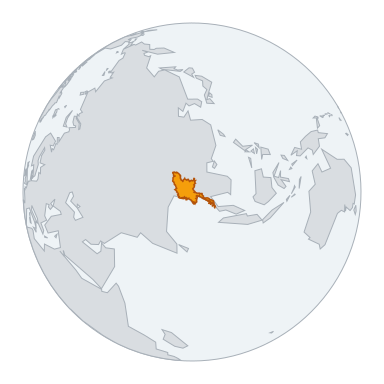 globe centered on Myanmar, rotated 312°
{"feature_id": "MMR", "entity_name": "Myanmar", "entity_type": "country or territory", "adm_level": 0, "iso_a3": "MMR", "parent_name": "Asia", "parent_adm1": "", "projection": "orthographic", "projection_center": [96.922, 19.196], "detail": "fine", "context": "on_globe", "style": "filled", "palette": "amber", "viewbox_px": 384, "rotation_deg": 312, "n_neighbors": 0, "source": "natural_earth", "source_scale": "50m", "svg_char_len": 15751}
<svg xmlns="http://www.w3.org/2000/svg" viewBox="0 0 384 384"><g transform="rotate(312 192 192)"><circle cx="192" cy="192" r="169" fill="#eef3f6" stroke="#a8b0b8"/><path d="M353.2,242.6L352.8,243.7L352.8,243.9L353.2,242.6ZM262.8,38.6L265.9,40.8L272.7,44.6L267.0,41.9L283.4,51.9L289.3,57.6L279.4,49.4L275.8,47.4L278.2,50.1L275.1,48.7L274.4,49.4L270.5,47.7L265.0,43.6L262.3,42.6L264.2,44.7L261.3,44.6L259.1,41.7L253.9,41.4L243.8,35.8L240.9,31.2L232.0,28.5L222.8,25.9L236.5,29.0L249.8,33.2L262.8,38.6ZM205.2,23.6L204.5,23.5L201.9,23.4L200.8,23.3L205.2,23.6ZM278.2,48.0L276.6,46.6L279.3,48.6L278.2,48.0ZM275.0,49.9L276.5,50.8L275.5,50.8L275.0,49.9ZM268.6,48.3L266.6,48.3L267.7,47.5L268.6,48.3ZM264.8,47.8L260.1,48.3L262.9,50.2L252.2,45.5L259.8,46.3L260.7,45.0L262.2,46.7L264.8,47.8ZM209.7,24.0L223.1,25.9L224.6,26.4L219.8,25.4L223.7,26.5L217.8,25.6L214.4,24.9L214.6,24.7L212.2,24.6L209.7,24.0ZM247.0,43.0L245.1,42.7L246.1,42.3L247.0,43.0ZM204.5,23.6L207.1,23.8L208.6,24.1L203.7,23.7L204.8,23.7L204.5,23.6ZM227.5,27.3L227.8,27.7L223.1,27.1L222.5,27.2L217.8,25.7L227.5,27.3ZM203.1,23.6L201.1,23.6L198.1,23.4L202.1,23.4L203.1,23.6ZM211.0,24.4L211.5,24.6L209.6,24.3L211.0,24.4ZM186.1,23.3L189.1,23.2L190.1,23.3L186.1,23.3ZM200.6,23.7L201.7,23.8L202.4,23.9L200.5,23.9L200.6,23.7ZM214.8,25.5L212.8,25.3L216.5,26.1L213.1,25.9L210.6,25.0L210.3,25.3L209.2,25.3L208.3,24.7L214.8,25.5ZM200.9,24.4L196.5,23.7L190.6,23.7L189.5,23.5L199.2,23.7L200.9,24.4ZM205.3,24.6L202.3,24.4L202.5,24.1L204.7,24.1L205.3,24.6ZM211.8,26.2L217.6,26.6L217.9,26.9L211.8,26.2ZM199.1,24.4L200.2,24.6L198.7,24.4L199.1,24.4ZM207.8,25.6L209.8,25.7L210.2,25.9L207.8,25.6ZM200.7,25.1L199.3,24.8L200.7,24.7L200.7,25.1ZM204.0,25.4L204.0,25.7L202.1,24.8L204.8,25.3L204.0,25.4ZM207.8,25.8L208.7,26.0L206.9,25.8L207.8,25.8ZM196.2,26.0L193.5,24.9L196.6,24.6L198.8,25.6L196.2,26.0ZM57.0,90.3L58.3,88.7L55.6,92.9L57.8,97.2L57.2,99.4L51.8,106.0L49.3,121.7L54.6,117.2L57.5,128.0L62.7,131.4L73.7,118.5L65.2,112.5L68.9,104.7L79.8,103.7L87.9,109.8L89.6,107.1L88.7,98.1L95.0,94.9L88.9,94.7L88.1,98.2L84.3,98.4L84.8,95.4L87.0,94.2L85.8,91.5L75.7,98.5L73.8,102.8L67.9,100.4L64.2,107.5L61.0,109.3L66.1,98.1L68.9,94.9L74.8,81.9L71.2,84.9L65.5,97.6L65.3,95.8L60.5,100.8L64.1,95.6L71.3,81.8L68.9,80.3L58.2,89.7L58.4,88.7L61.1,85.2L64.4,81.3L73.5,71.7L71.8,75.3L75.8,71.7L82.7,64.8L81.6,66.8L84.2,64.6L84.2,66.1L90.6,63.1L91.6,64.4L100.3,58.9L102.0,59.0L96.3,62.0L93.0,65.2L96.1,69.3L98.6,68.8L104.0,65.1L104.2,67.1L109.0,63.0L113.8,64.3L112.0,59.6L118.3,55.9L124.6,54.7L126.3,52.8L116.0,55.0L112.2,56.7L109.5,59.4L98.9,64.4L96.5,64.0L106.3,56.2L104.0,55.2L112.6,50.3L135.0,46.3L141.2,47.5L138.4,56.6L133.4,58.0L131.9,55.3L127.6,61.0L130.7,59.0L130.8,60.9L136.9,58.5L137.3,59.7L142.4,55.5L143.6,56.8L140.3,59.5L150.3,57.8L154.4,60.2L156.4,59.3L157.5,57.6L162.0,62.2L163.3,61.3L162.4,59.5L164.3,56.7L169.6,53.8L170.9,55.5L169.2,56.8L167.5,62.4L162.6,66.0L163.7,66.5L168.2,63.8L170.3,56.9L173.1,54.7L172.8,57.8L173.1,56.5L175.0,56.0L177.9,57.2L178.6,53.9L196.7,47.8L204.2,50.3L202.0,53.3L215.9,52.6L223.4,56.4L222.5,54.5L228.6,53.6L226.3,52.3L226.3,51.4L240.9,49.8L245.3,51.1L250.6,49.4L250.1,48.5L247.2,47.3L252.2,45.5L262.9,50.2L263.5,51.8L269.8,54.2L270.1,57.6L273.3,61.9L269.8,65.1L272.7,68.6L274.8,69.2L280.3,74.9L283.9,85.5L271.4,74.2L264.0,60.2L266.2,65.4L262.8,63.6L261.8,65.2L263.6,69.3L265.6,70.1L253.8,75.3L252.3,86.9L259.4,86.4L264.5,90.1L269.0,105.5L258.1,126.7L264.8,134.0L265.6,138.8L260.8,141.7L259.4,134.7L254.0,132.2L254.0,128.1L245.8,131.3L245.4,125.5L239.2,131.3L242.2,135.9L249.6,134.8L244.4,142.9L252.7,151.0L254.4,161.0L242.6,178.6L229.7,184.0L229.0,187.2L223.6,183.5L216.8,189.7L227.3,207.7L227.2,212.9L215.9,222.5L215.6,218.7L201.1,209.0L198.7,221.2L209.7,231.6L213.5,243.5L205.1,239.6L201.3,229.2L196.1,225.4L197.3,214.8L192.7,198.7L184.3,201.2L184.7,194.8L177.1,181.2L164.8,184.4L145.6,199.5L143.2,215.6L136.5,221.8L127.5,197.1L127.3,181.1L121.7,181.6L114.4,166.7L95.1,161.3L94.5,156.8L90.4,157.7L85.6,151.9L85.5,144.7L81.6,143.9L82.6,162.8L87.0,163.9L93.6,158.9L92.8,165.2L97.7,172.4L84.8,184.4L59.6,189.4L60.7,177.0L60.0,139.7L62.0,136.5L62.2,136.1L62.4,135.4L58.6,140.3L59.7,133.3L56.3,157.9L54.1,167.8L59.2,190.0L57.8,191.4L60.5,196.5L73.5,196.6L72.8,200.5L64.5,216.5L49.6,234.6L53.7,252.0L56.1,265.5L51.4,270.4L56.5,281.4L54.8,282.9L57.8,288.7L59.0,293.2L59.4,296.0L56.1,292.4L49.3,282.4L43.2,272.0L37.9,261.3L33.3,250.1L29.6,238.7L27.9,231.6L25.9,221.8L23.2,196.9L23.5,186.2L23.7,180.3L23.5,179.2L23.9,175.4L25.7,162.3L28.5,149.4L32.3,136.8L37.1,124.5L42.9,112.6L49.5,101.2L57.0,90.3ZM92.9,124.3L100.2,127.9L103.2,117.8L106.3,118.5L106.2,115.0L103.4,117.1L104.1,107.9L109.6,106.8L111.9,103.0L109.6,101.6L99.5,105.2L98.4,118.1L94.1,120.9L92.9,124.3ZM98.5,53.1L96.4,55.0L93.3,56.8L92.1,56.6L96.6,53.7L98.5,53.1ZM94.1,57.3L104.2,50.4L105.4,50.8L103.0,51.7L102.8,52.6L98.9,54.3L90.1,61.9L86.8,64.2L86.4,61.7L88.4,61.0L90.3,59.1L94.1,57.3ZM128.0,36.6L132.4,34.8L129.2,37.6L125.4,39.0L124.0,38.5L127.6,36.6L128.0,36.6ZM197.7,23.1L198.4,23.2L196.4,23.3L194.3,23.3L194.4,23.1L191.4,23.3L189.9,23.1L187.4,23.2L179.0,23.5L197.7,23.1ZM160.4,26.0L161.1,26.0L164.0,25.4L165.3,25.3L162.5,25.8L167.7,25.0L168.0,25.1L174.5,24.9L181.8,24.2L184.3,24.3L181.6,24.6L186.1,24.6L182.7,25.4L184.5,25.6L182.9,26.9L176.7,27.8L179.2,28.0L178.1,29.3L173.1,30.4L174.1,29.2L167.8,31.5L166.3,30.5L165.7,30.8L162.5,30.6L157.6,31.2L157.7,30.6L155.8,31.1L153.6,31.2L151.0,31.7L150.2,31.1L146.9,31.8L148.4,31.1L142.9,32.6L146.6,31.2L144.2,31.5L141.9,32.7L143.9,30.0L143.4,30.2L160.4,26.0ZM195.5,26.3L188.5,27.1L184.2,27.1L188.6,25.0L187.5,24.7L190.2,23.8L196.4,23.9L195.1,24.1L195.2,24.4L193.2,24.2L194.9,24.6L193.1,24.9L193.9,25.4L191.4,25.4L195.5,26.3ZM59.7,97.8L59.9,98.9L60.8,99.8L57.8,103.2L59.7,97.8ZM64.4,88.3L65.0,88.5L61.2,93.3L61.1,92.3L64.4,88.3ZM68.6,84.9L65.3,88.2L67.0,85.9L68.6,84.9ZM97.2,62.2L98.2,62.5L97.1,63.5L95.0,64.5L97.2,62.2ZM154.1,38.9L155.3,37.7L156.4,37.7L161.7,35.6L163.3,36.5L160.7,38.1L154.1,38.9ZM70.4,119.9L67.0,121.6L67.1,119.7L68.2,119.5L70.4,119.9ZM60.6,111.9L61.3,115.5L59.8,112.8L60.6,111.9ZM156.6,39.5L158.6,38.5L158.2,39.6L156.6,39.5ZM164.7,37.1L164.7,38.2L164.1,36.4L164.7,37.1ZM139.6,344.2L143.0,345.8L140.5,345.5L139.6,344.2ZM73.8,270.8L74.9,291.8L69.9,289.8L65.8,282.4L63.3,269.1L68.2,267.3L69.7,261.8L73.8,270.8ZM254.5,269.3L259.3,269.7L259.1,270.4L254.5,269.3ZM249.6,267.1L255.1,267.0L248.6,268.7L249.6,267.1ZM257.2,267.0L262.9,265.2L265.3,263.9L264.8,265.4L257.2,267.0ZM245.8,267.3L225.0,267.5L216.6,265.6L218.7,263.0L232.2,263.6L245.8,267.3ZM218.0,262.9L205.2,255.1L187.2,232.0L193.7,232.7L212.3,246.9L211.2,249.2L218.9,255.3L218.0,262.9ZM248.8,248.4L247.5,255.5L236.1,255.2L230.8,254.2L227.2,245.2L229.2,240.6L233.6,240.7L249.9,224.5L255.7,228.1L250.8,235.0L255.5,241.0L248.8,248.4ZM144.0,217.2L147.7,227.2L144.1,228.4L144.0,217.2ZM256.3,213.1L249.9,220.3L255.6,210.8L256.3,213.1ZM259.5,204.2L260.1,207.7L257.3,204.4L259.5,204.2ZM229.1,192.1L224.6,192.9L224.3,190.4L230.0,187.9L229.1,192.1ZM255.5,169.5L256.0,176.9L255.3,179.4L253.0,175.0L255.5,169.5ZM172.7,48.6L163.6,50.1L158.1,52.5L156.6,55.6L154.8,52.3L163.3,48.6L172.7,48.6ZM193.6,47.6L194.8,45.4L196.9,46.3L196.9,46.9L193.6,47.6ZM192.5,46.3L189.2,44.0L191.6,42.7L193.7,44.8L192.5,46.3ZM172.6,40.8L169.8,41.1L170.2,40.2L172.6,40.8ZM284.6,328.3L286.9,324.3L291.8,322.6L287.7,326.7L284.6,328.3ZM273.4,314.4L241.8,326.1L235.4,325.4L238.3,321.5L234.9,310.1L237.1,310.2L237.2,302.1L256.5,293.6L270.8,278.4L280.2,278.4L288.1,267.2L297.3,266.7L293.8,275.2L302.4,279.1L310.6,259.7L313.4,278.0L318.1,283.1L316.5,294.1L299.3,315.5L291.6,320.6L291.3,319.3L287.8,321.7L284.0,321.9L284.0,316.6L280.5,318.9L284.9,313.9L279.3,318.7L278.3,315.2L273.4,314.4ZM338.2,267.1L338.9,267.2L339.2,269.6L338.1,269.8L338.2,267.1ZM351.1,248.2L350.8,249.4L350.3,250.5L351.1,248.2ZM352.8,243.9L352.2,245.4L353.2,242.6L352.8,243.9ZM345.0,253.7L345.1,254.6L344.7,255.3L345.0,253.7ZM344.7,253.5L345.6,251.3L345.2,253.3L344.7,253.5ZM342.1,245.2L342.8,243.9L343.0,244.6L342.1,245.2ZM266.3,269.3L273.1,263.5L276.6,262.7L266.3,269.3ZM341.5,243.4L340.0,243.8L340.3,242.7L341.5,243.4ZM341.9,240.9L341.8,239.5L342.4,242.6L341.9,240.9ZM339.2,238.7L340.9,240.6L338.9,239.1L339.2,238.7ZM338.0,239.4L336.7,238.7L336.8,238.2L338.0,239.4ZM320.6,246.1L326.0,253.6L321.2,254.5L316.1,250.2L311.3,256.1L301.0,257.0L303.6,253.4L302.4,248.7L291.2,248.2L289.0,245.3L293.1,242.6L285.5,240.9L293.8,238.5L297.1,244.8L301.7,239.0L309.4,239.1L316.6,240.1L322.1,243.9L320.6,246.1ZM293.5,253.1L295.0,252.9L293.6,255.0L293.5,253.1ZM334.1,235.9L336.0,238.5L335.7,239.4L334.7,239.2L334.1,235.9ZM323.4,242.5L329.4,235.7L330.7,235.4L326.7,242.5L323.4,242.5ZM328.1,232.5L330.7,232.6L332.0,235.3L331.4,236.3L328.1,232.5ZM276.6,248.7L276.2,250.6L274.0,249.3L276.6,248.7ZM279.5,247.4L286.1,248.7L278.8,249.0L279.5,247.4ZM258.7,242.4L260.7,246.7L267.2,243.5L262.3,247.8L266.5,254.7L264.9,257.5L260.8,250.0L259.1,258.1L256.2,258.1L254.8,251.3L257.8,242.7L260.6,239.1L272.1,236.9L258.7,242.4ZM279.5,242.0L277.7,237.1L279.0,233.5L280.9,236.1L279.5,242.0ZM272.2,225.1L267.2,219.4L262.8,222.0L271.4,213.1L274.8,219.9L272.2,225.1ZM267.6,212.2L263.6,214.5L267.6,209.4L267.6,212.2ZM262.4,212.6L261.8,208.4L265.1,208.8L262.4,212.6ZM269.8,212.3L270.2,205.1L272.0,209.2L269.8,212.3ZM259.9,199.1L267.3,205.6L258.0,203.2L256.6,189.6L260.5,189.1L259.9,199.1ZM275.8,143.6L274.3,139.9L277.5,138.8L277.6,141.6L275.8,143.6ZM286.8,133.2L277.9,137.4L270.6,141.2L273.3,142.8L272.5,149.3L267.9,143.6L272.3,136.3L278.1,134.5L278.0,129.2L281.7,125.5L279.5,119.1L280.8,116.3L284.5,121.7L286.8,133.2ZM278.3,116.5L275.7,105.6L282.3,106.7L284.3,109.4L282.7,113.8L279.4,112.9L278.3,116.5ZM277.0,103.4L273.8,102.6L263.1,87.6L262.5,84.9L274.1,96.1L271.6,96.1L273.0,99.7L277.0,103.4ZM246.2,43.6L245.2,42.8L247.1,43.5L246.2,43.6ZM224.9,50.7L225.3,49.6L227.5,50.2L224.9,50.7ZM227.5,47.0L224.7,47.0L227.1,46.3L227.5,47.0ZM218.7,47.5L223.4,46.7L219.7,48.5L218.7,47.5Z" fill="#d9dde1" stroke="#a8b0b8" stroke-width="1"/><path d="M200.8,188.6L200.4,188.3L200.2,188.3L199.7,188.6L199.0,188.5L199.1,189.0L198.7,189.4L198.3,189.2L198.0,189.3L197.8,189.5L197.7,190.0L197.5,190.3L197.1,190.3L196.0,190.5L195.7,190.5L195.3,190.3L195.0,190.4L195.0,190.6L194.5,191.2L194.5,192.2L194.2,192.6L194.2,192.8L194.3,193.8L193.7,194.1L193.3,194.0L193.5,194.5L194.0,194.7L194.0,194.8L194.3,195.7L194.2,196.1L195.8,198.0L196.3,198.5L196.4,198.8L196.4,199.2L196.9,200.4L197.0,200.5L197.4,200.2L197.6,200.4L197.5,200.7L197.4,200.9L196.7,201.2L196.6,202.1L196.6,203.3L196.4,203.3L195.6,203.7L195.6,204.4L195.8,204.9L196.7,206.2L197.8,207.1L198.3,208.1L198.5,209.5L198.3,209.9L198.3,210.1L198.5,210.3L198.6,211.0L199.1,211.5L199.3,212.6L199.5,212.8L199.8,213.7L199.7,214.0L199.4,214.2L198.6,215.7L197.3,217.0L197.4,217.7L197.2,218.4L197.0,218.5L196.8,218.9L196.6,218.5L196.6,218.0L196.5,217.0L196.7,216.8L197.1,216.1L197.1,215.7L197.3,215.4L197.3,214.3L197.4,214.1L197.6,214.0L197.4,213.8L197.1,214.0L196.9,213.9L197.0,213.4L197.0,212.8L197.1,212.5L196.8,212.4L197.1,212.1L196.9,211.9L197.0,211.6L197.0,211.2L196.7,209.7L196.5,209.4L196.3,208.8L195.8,208.1L195.8,207.5L195.7,207.3L195.5,208.3L195.4,208.1L195.3,207.3L195.4,206.8L195.1,206.3L194.8,205.4L195.1,205.4L194.9,205.0L194.7,205.1L194.5,204.8L194.5,203.8L194.3,203.5L194.4,203.1L194.2,201.8L193.9,201.4L194.0,200.7L194.0,200.1L194.3,199.7L194.0,199.8L193.3,199.9L193.2,199.4L193.0,199.2L192.8,198.8L192.7,198.3L192.8,198.2L191.8,197.3L192.0,197.6L191.8,197.9L192.0,198.4L191.6,199.3L191.2,199.8L190.6,199.9L190.4,199.9L190.2,199.7L190.1,199.2L189.9,199.2L190.1,199.7L190.3,200.1L189.8,200.4L189.5,200.4L189.4,200.7L188.7,200.9L188.5,201.5L188.1,201.9L187.7,202.2L187.4,202.1L187.4,201.8L187.6,201.4L187.5,201.1L187.5,201.3L187.0,201.9L186.4,201.9L186.2,201.4L186.3,200.8L186.1,201.3L186.0,201.5L185.6,201.7L185.6,201.2L185.8,200.2L185.7,199.9L185.6,200.4L185.4,200.5L185.0,201.1L184.6,201.3L184.4,201.3L184.3,201.0L184.5,199.8L184.7,199.5L184.9,198.8L185.0,198.6L185.1,198.0L185.4,197.5L185.4,196.8L185.4,196.4L185.2,196.0L185.0,194.9L184.6,194.0L184.5,193.7L184.3,193.3L184.5,193.3L184.1,193.0L184.0,192.8L184.0,191.7L183.9,192.0L183.7,192.1L183.8,192.5L183.7,192.8L183.0,192.4L182.5,191.4L183.1,191.7L183.4,191.8L183.8,191.5L183.9,191.2L183.4,190.9L183.2,190.7L183.2,190.4L182.8,190.2L183.1,189.8L182.7,189.8L182.3,189.4L181.8,189.3L181.6,189.4L181.7,189.8L181.7,190.0L181.5,189.9L181.2,189.3L181.4,189.0L181.2,189.0L181.4,188.4L181.1,188.7L180.8,189.1L180.6,188.9L180.9,188.5L180.8,188.3L180.5,187.8L180.4,187.8L180.4,188.2L180.4,188.6L180.1,188.1L179.5,187.4L179.3,187.1L179.2,186.3L179.1,186.2L179.0,185.6L179.3,185.3L179.4,185.2L180.0,185.6L180.0,185.8L180.1,185.7L180.1,185.2L180.1,183.7L180.3,183.6L180.4,183.2L180.7,183.3L180.9,183.6L181.0,183.6L181.4,183.1L181.7,182.9L181.8,182.6L181.6,181.5L181.8,181.0L181.8,180.6L182.2,180.6L182.3,180.4L182.4,179.7L182.5,178.7L182.3,177.7L182.8,177.8L183.3,177.8L184.3,178.2L184.5,178.2L184.9,176.9L185.7,175.6L186.1,174.7L185.7,174.2L185.8,173.9L186.0,173.5L186.3,173.4L186.7,172.8L186.9,172.6L186.9,172.2L187.3,171.8L187.1,171.4L187.1,170.9L187.1,170.6L187.3,170.2L188.2,169.8L189.3,168.9L189.7,168.4L190.1,168.3L191.5,168.1L191.9,168.5L192.1,168.7L192.3,168.8L192.5,168.7L191.9,167.8L191.9,167.3L192.1,167.0L192.8,166.5L193.1,166.3L193.1,166.0L193.0,165.9L193.0,165.5L193.6,164.7L193.9,164.7L194.2,165.1L194.5,165.1L195.1,165.7L195.1,166.2L195.6,167.4L195.7,167.5L195.9,167.2L196.0,167.1L196.5,167.4L196.8,169.9L196.6,171.1L196.7,171.4L196.6,171.6L196.4,171.6L196.3,171.8L196.6,172.2L196.6,172.4L196.5,172.5L196.1,172.6L195.8,173.2L195.7,173.2L195.3,173.2L195.2,173.2L195.1,173.7L194.9,174.0L194.7,174.2L194.4,174.2L194.1,174.8L194.2,175.3L193.8,175.6L193.6,176.0L193.6,176.4L194.0,176.7L194.1,177.2L194.1,177.5L193.7,177.9L193.7,178.1L194.1,178.1L194.9,177.6L195.5,177.5L196.2,177.5L196.5,177.6L197.1,177.5L196.8,177.9L196.7,178.1L196.7,178.3L197.0,178.6L197.2,178.9L197.1,179.2L197.3,179.6L197.3,180.2L197.8,180.4L198.8,180.5L199.0,180.9L198.7,181.3L198.6,181.7L198.6,182.2L198.2,182.9L198.1,183.1L198.2,183.3L199.3,183.4L200.2,183.6L200.3,183.7L200.2,184.2L200.3,184.4L200.4,184.5L200.7,184.7L200.7,185.0L200.8,185.1L201.0,185.2L201.4,185.1L201.9,185.2L202.1,185.2L202.3,185.1L202.7,184.6L203.4,184.3L203.5,184.4L203.6,184.8L203.4,185.2L203.0,185.5L202.7,185.6L202.2,186.4L201.9,186.6L201.9,186.8L202.0,186.9L202.2,187.0L201.6,187.1L201.4,187.2L201.2,187.4L201.0,187.8L200.8,188.6ZM183.1,190.9L183.7,191.2L183.6,191.5L183.4,191.6L183.2,191.5L183.1,191.3L182.9,191.0L183.1,190.9ZM196.3,211.4L196.4,211.5L196.4,211.8L196.2,212.1L196.1,211.7L196.0,211.4L196.0,211.2L196.2,211.3L196.3,211.4ZM183.0,193.4L182.6,193.2L182.4,192.9L182.8,192.8L183.1,192.9L183.1,193.3L183.0,193.4ZM196.7,213.9L196.6,214.5L196.4,214.4L196.2,213.8L196.6,213.7L196.7,213.9ZM185.1,201.5L184.9,201.8L184.8,201.4L185.4,200.8L185.5,201.0L185.3,201.3L185.1,201.5ZM193.8,200.7L193.7,200.7L193.5,200.1L193.8,199.9L193.9,200.0L193.8,200.7ZM195.9,214.3L195.7,214.7L195.7,214.4L196.0,213.8L195.9,214.3ZM195.7,216.2L196.0,216.7L195.9,216.8L195.6,216.4L195.4,216.4L195.6,216.1L195.7,216.2ZM196.9,213.3L196.5,213.4L196.5,212.9L196.6,213.1L196.9,213.3ZM196.0,219.0L195.5,219.3L195.5,219.1L195.8,218.9L196.0,218.8L196.0,219.0ZM181.0,189.4L181.2,190.0L181.1,189.9L180.9,189.5L180.9,189.2L181.0,189.4ZM196.0,209.9L196.0,210.4L195.8,210.2L195.9,209.6L196.0,209.9ZM182.5,189.9L182.5,190.3L182.4,190.1L182.3,189.7L182.5,189.9ZM195.5,212.7L195.3,212.7L195.2,212.5L195.3,212.3L195.5,212.3L195.5,212.7ZM195.3,212.0L195.1,212.3L194.9,212.1L195.1,212.0L195.3,212.0ZM195.3,213.9L195.4,214.2L195.2,214.0L195.1,213.6L195.3,213.9ZM186.1,201.7L185.9,202.0L185.8,201.9L186.1,201.6L186.1,201.7ZM196.7,216.2L196.6,215.8L196.7,216.2Z" fill="#f59e0b" stroke="#b45309" stroke-width="1.5"/></g></svg>